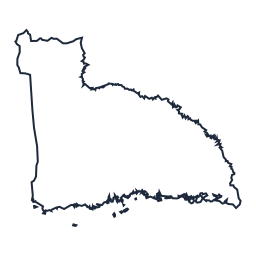 the district of Boalemo, Gorontalo, Indonesia
{"feature_id": "22746128B1718153682633", "entity_name": "Boalemo", "entity_type": "district", "adm_level": 2, "iso_a3": "IDN", "parent_name": "Indonesia", "parent_adm1": "Gorontalo", "projection": "orthographic", "projection_center": [122.441, 0.682], "detail": "fine", "context": "isolated", "style": "outline", "palette": "slate", "viewbox_px": 256, "rotation_deg": 0, "n_neighbors": 0, "source": "geoboundaries", "source_scale": "gbopen_adm2", "svg_char_len": 5878}
<svg xmlns="http://www.w3.org/2000/svg" viewBox="0 0 256 256"><path d="M82.0,37.7L76.1,39.2L73.5,41.2L66.9,43.3L63.0,43.3L56.8,38.7L53.5,38.8L51.6,37.8L47.5,40.8L42.1,39.8L41.1,38.4L40.0,38.4L36.9,40.9L31.1,41.0L30.1,34.7L28.0,33.4L27.8,31.8L26.4,30.1L23.5,33.1L18.2,35.0L16.3,40.9L15.4,41.5L16.8,44.0L19.7,46.2L19.7,52.3L17.4,58.7L17.3,65.0L18.8,67.5L20.4,73.1L25.4,73.4L30.1,74.8L32.4,110.0L34.0,127.6L37.1,146.4L37.8,161.6L36.4,165.7L36.0,176.6L34.0,180.6L31.6,182.2L32.8,195.8L31.9,200.1L32.9,201.3L33.4,200.4L33.6,201.9L34.5,201.6L34.1,202.3L34.7,201.7L36.2,202.2L43.0,206.4L42.4,208.2L43.0,210.2L44.5,211.5L43.1,213.3L45.0,213.8L45.4,212.3L44.7,211.6L45.5,210.4L47.4,210.8L49.5,210.1L51.3,211.0L51.1,210.3L51.9,209.6L56.2,207.6L56.9,208.5L57.2,207.4L59.4,206.8L64.1,209.0L71.2,204.9L73.0,205.0L74.2,206.7L74.5,204.4L75.3,204.8L76.4,203.7L78.1,205.1L76.3,206.0L76.4,206.7L79.0,205.2L81.9,205.9L85.1,204.4L85.6,205.4L86.9,205.7L87.2,207.0L88.6,207.5L89.4,206.4L90.0,208.9L91.4,209.0L91.5,208.3L92.5,209.2L92.8,206.6L93.5,208.2L94.7,208.6L95.5,208.0L94.4,206.4L97.4,207.4L99.5,206.8L99.7,206.0L96.2,204.0L102.0,205.1L104.1,202.4L105.9,202.0L107.3,203.2L108.4,202.8L106.9,201.2L107.6,200.2L108.1,201.1L109.1,200.9L108.5,197.1L109.2,195.6L109.5,198.1L110.9,199.3L110.8,201.2L111.7,201.8L112.8,201.6L113.5,197.5L115.1,197.0L114.9,195.1L115.7,196.2L115.6,198.3L117.4,197.1L117.1,195.8L118.1,197.4L115.9,199.8L117.2,199.2L116.6,200.7L117.2,201.8L117.7,200.1L118.4,200.1L118.1,201.5L119.3,201.5L119.3,199.7L119.4,200.7L120.7,199.9L121.6,201.4L122.3,200.9L122.5,201.5L122.8,200.2L120.8,198.0L122.8,195.9L122.2,195.3L123.5,196.0L123.2,195.4L124.1,194.7L125.7,196.6L127.1,196.2L126.3,197.3L127.9,198.1L129.8,196.2L130.1,194.4L131.2,193.4L132.0,193.9L133.3,191.5L134.0,193.2L135.3,192.3L136.6,193.7L137.3,192.4L136.8,190.7L138.1,191.9L138.9,191.2L139.4,192.3L139.4,191.2L141.1,191.7L142.2,190.1L142.7,190.8L141.6,192.7L144.6,191.1L145.3,191.5L144.4,192.7L143.4,192.4L143.0,193.8L144.2,194.8L143.3,195.2L146.3,194.5L146.9,193.2L147.9,194.4L147.3,196.4L146.0,196.7L146.5,198.1L150.3,196.6L153.1,197.8L153.9,197.2L153.7,198.2L155.8,198.9L156.6,196.5L157.9,197.2L159.6,196.3L158.3,196.0L158.0,195.1L157.1,195.4L157.0,194.4L157.9,194.4L157.6,193.5L158.5,193.0L159.2,193.7L159.4,191.9L160.9,195.1L160.0,195.2L160.6,195.8L168.2,196.5L167.3,197.6L165.5,197.5L165.4,198.2L166.6,198.3L170.7,197.8L170.5,196.7L169.3,196.4L171.0,196.2L172.9,198.3L177.2,198.4L178.7,197.9L178.5,195.8L180.0,196.1L180.0,197.1L180.9,196.8L181.2,195.7L184.9,193.7L182.3,196.4L184.6,197.9L185.2,199.6L186.5,199.7L187.0,199.0L185.3,196.4L185.1,195.1L186.3,193.8L187.9,198.2L189.1,196.8L190.0,197.5L191.2,196.2L192.8,198.6L193.5,196.9L194.5,197.6L197.3,195.7L198.4,196.9L197.0,197.7L195.8,200.9L196.4,202.3L197.9,202.6L200.6,201.9L202.6,198.7L201.6,196.2L199.5,195.5L200.5,193.3L202.3,193.2L202.7,194.2L206.0,193.4L207.3,195.5L204.6,196.8L203.6,198.0L203.7,199.0L206.3,201.1L206.8,200.2L209.5,200.5L210.5,201.5L212.3,201.3L213.8,199.9L215.0,200.3L215.4,198.9L217.1,197.6L216.7,196.6L213.7,195.6L213.3,194.5L217.3,196.0L218.9,195.3L219.1,193.8L219.8,196.0L221.3,196.0L221.2,196.7L215.9,199.5L216.0,200.5L219.5,201.1L222.5,203.6L225.0,202.7L224.7,201.5L226.8,199.7L226.1,202.8L228.3,204.0L232.9,204.4L236.1,208.0L239.8,204.3L240.6,200.9L238.7,198.3L237.2,189.6L233.9,186.9L233.4,185.3L230.4,185.4L230.1,183.3L232.2,179.9L231.3,178.1L232.0,175.0L234.3,174.1L234.4,173.0L233.4,172.3L232.3,169.2L231.2,168.6L231.6,166.9L229.9,166.3L231.3,164.1L228.1,162.8L227.6,161.0L225.8,161.2L225.9,159.6L223.6,157.1L222.2,150.7L219.8,147.7L221.6,147.3L220.0,146.0L220.5,144.0L217.2,144.7L218.9,143.2L219.5,140.5L217.1,141.3L218.2,140.0L217.0,139.2L216.8,137.8L216.1,139.3L214.5,139.2L214.8,137.0L213.8,138.1L213.0,137.7L213.6,135.5L211.7,136.6L211.2,138.2L210.5,137.8L210.6,135.6L207.0,136.5L206.0,134.8L207.6,135.3L208.1,134.7L206.9,132.8L204.6,131.5L206.1,130.1L202.0,127.4L200.2,124.5L198.4,124.3L198.1,120.7L195.8,123.1L195.2,122.1L196.5,121.6L196.5,120.7L192.7,120.8L190.7,119.8L190.2,118.5L188.4,119.2L188.5,117.2L187.6,116.1L185.6,118.3L184.4,115.3L182.7,117.5L181.6,114.8L182.1,113.8L178.9,113.4L179.0,111.3L177.5,109.9L179.4,109.3L180.8,107.3L177.5,105.4L176.9,107.1L176.0,107.4L174.5,104.7L174.0,106.8L173.0,107.3L172.6,102.5L171.4,104.3L167.9,101.2L168.5,99.5L166.5,98.4L161.8,99.8L158.0,95.6L156.7,97.0L155.3,97.0L155.5,98.6L153.8,98.1L152.9,99.4L151.8,97.7L149.2,98.8L145.1,96.0L144.2,98.4L142.1,96.2L140.4,96.9L138.9,94.7L139.1,92.6L137.6,93.4L133.7,90.8L133.5,89.5L132.0,90.5L130.9,89.5L129.4,89.9L127.3,88.6L125.0,88.8L124.0,87.0L122.4,86.4L121.5,85.1L118.8,85.0L118.1,84.0L116.4,84.9L115.7,84.1L114.8,84.8L113.1,84.1L112.6,84.8L112.0,83.9L108.6,83.5L108.4,84.2L102.9,86.2L104.0,86.7L103.2,87.4L100.2,87.1L99.2,88.3L98.5,87.6L95.9,88.1L95.4,89.9L94.6,89.1L91.4,89.4L92.3,87.9L89.7,88.1L85.0,84.0L83.2,85.5L83.8,83.9L82.9,82.2L83.8,81.5L82.6,80.6L83.0,79.2L81.9,77.2L80.8,76.9L81.9,76.3L81.8,73.9L84.3,72.3L82.5,71.1L83.9,68.0L84.8,67.8L84.7,68.8L85.3,68.0L84.6,66.7L88.3,64.8L85.7,63.4L84.0,63.7L83.7,62.1L81.8,61.1L83.6,59.8L84.9,57.5L83.6,56.6L83.1,55.0L84.7,53.3L81.9,48.3L80.7,42.9L82.0,37.7ZM191.7,198.5L189.7,199.3L189.6,200.3L188.9,199.6L188.4,200.2L189.4,202.0L191.3,203.3L192.6,203.0L194.0,201.1L193.4,199.1L191.7,198.5ZM158.8,198.1L156.8,198.8L158.2,201.0L161.3,200.3L160.9,198.3L159.8,198.1L159.3,198.8L158.8,198.1ZM127.1,208.6L123.8,210.5L123.6,211.4L124.9,211.7L126.9,210.5L128.0,209.2L127.1,208.6ZM76.3,225.2L73.5,224.4L73.1,225.4L75.7,225.9L76.3,225.2ZM114.3,216.7L115.0,216.2L115.0,214.5L114.2,213.3L113.2,214.6L114.3,216.7ZM36.7,206.9L34.3,205.9L34.0,206.0L34.4,207.8L36.7,206.9ZM121.4,213.0L122.2,212.3L121.6,211.3L120.3,211.9L121.4,213.0ZM124.1,205.0L123.4,204.7L123.6,205.5L124.1,205.0ZM135.9,198.5L135.3,198.9L135.6,199.4L136.1,199.2L135.9,198.5Z" fill="none" stroke="#1e293b" stroke-width="2"/></svg>